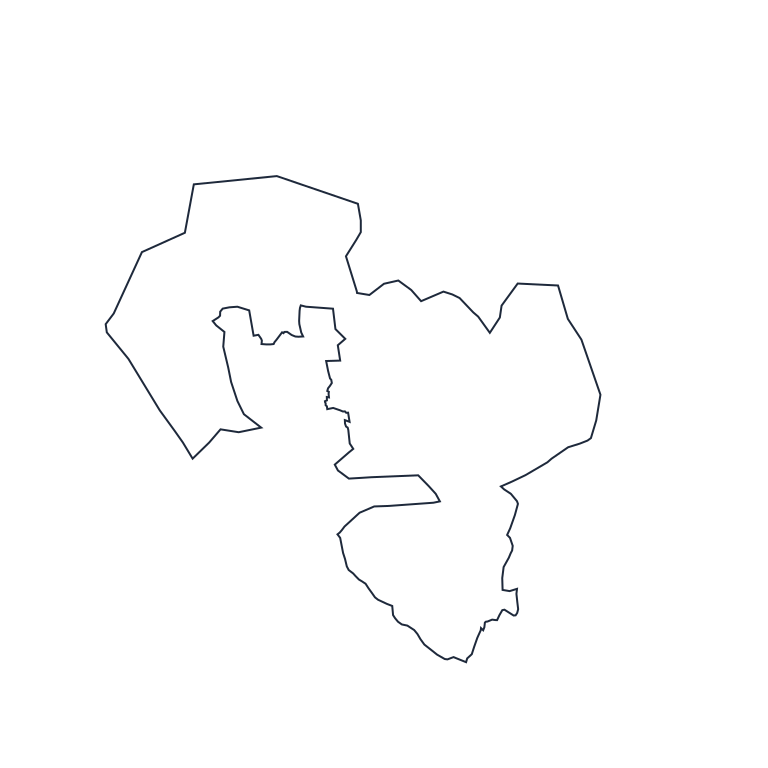 outline of Abeokuta South, Ogun, Nigeria, rotated 324°
{"feature_id": "59680162B79825109156569", "entity_name": "Abeokuta South", "entity_type": "district", "adm_level": 2, "iso_a3": "NGA", "parent_name": "Nigeria", "parent_adm1": "Ogun", "projection": "natural_earth1", "projection_center": [3.353, 7.176], "detail": "fine", "context": "isolated", "style": "outline", "palette": "slate", "viewbox_px": 768, "rotation_deg": 324, "n_neighbors": 0, "source": "geoboundaries", "source_scale": "gbopen_adm2", "svg_char_len": 2794}
<svg xmlns="http://www.w3.org/2000/svg" viewBox="0 0 768 768"><g transform="rotate(324 384 384)"><path d="M255.5,576.3L255.3,580.1L255.6,584.6L257.1,589.0L260.9,593.2L263.8,600.8L264.1,605.9L263.5,612.0L263.5,618.5L267.9,634.2L271.5,642.2L273.5,644.1L279.7,645.8L286.9,657.3L290.0,654.9L296.2,654.2L302.5,649.6L310.3,644.2L317.5,640.1L319.0,638.5L319.5,641.5L322.2,639.8L325.4,636.3L326.8,636.2L328.1,637.0L333.0,638.2L335.3,640.4L336.7,641.5L341.6,638.8L346.8,636.5L348.8,637.4L352.8,647.5L354.5,648.5L357.2,647.5L360.2,645.0L363.6,638.9L367.8,631.6L371.2,627.9L363.9,625.4L358.9,620.3L365.6,610.5L373.2,602.4L382.9,597.9L386.8,595.5L389.8,594.0L393.0,590.6L395.5,582.5L394.9,578.5L401.3,574.9L412.8,567.0L421.9,559.7L422.7,557.0L422.4,552.0L422.1,547.5L419.2,539.7L418.4,535.6L430.3,538.2L444.9,540.9L470.2,543.4L475.7,542.9L495.8,543.4L507.3,547.3L515.4,549.4L519.6,549.4L534.3,538.2L552.8,519.9L569.8,464.1L571.0,439.4L582.7,406.6L551.2,381.3L525.2,389.7L516.8,398.3L499.7,404.8L499.8,384.8L498.3,378.5L495.7,358.9L491.9,351.7L486.4,344.2L462.7,338.8L461.3,324.0L456.4,308.7L442.9,302.9L424.5,303.4L415.7,294.5L416.5,293.0L428.3,258.3L446.3,251.1L454.5,247.5L461.4,238.0L468.8,222.9L419.5,152.8L347.5,110.7L311.8,144.6L265.7,135.0L206.8,168.1L194.0,172.0L190.1,179.3L192.0,213.5L187.1,273.5L187.1,299.2L186.9,313.1L185.3,331.9L208.2,328.6L225.1,324.6L238.1,337.6L259.0,347.1L252.9,326.1L255.4,311.6L261.5,292.5L267.6,279.2L275.9,259.3L285.5,248.1L282.7,238.0L282.4,232.4L289.2,232.8L291.5,232.4L294.0,229.2L297.8,228.2L304.0,231.1L310.8,235.3L318.2,245.2L306.9,268.3L311.3,270.4L311.2,275.2L310.7,277.1L308.4,279.7L312.2,282.9L315.4,285.2L318.2,286.8L320.0,285.8L323.1,285.0L331.9,282.3L332.6,283.8L334.0,283.3L336.3,284.9L338.1,290.1L340.2,293.5L342.6,295.5L346.5,298.0L347.3,293.7L350.7,285.8L352.4,283.1L358.8,275.1L360.8,273.0L362.9,271.5L366.3,275.6L387.0,293.1L377.0,311.0L379.2,324.7L369.4,325.5L362.3,339.3L350.7,331.4L346.4,340.7L343.6,347.8L343.8,349.6L342.4,352.5L339.3,353.7L336.2,354.6L334.0,356.3L334.8,357.9L333.3,359.5L331.6,362.5L330.1,360.9L328.2,363.7L326.1,363.2L325.5,364.4L325.5,365.2L324.3,366.9L324.7,368.5L323.3,371.0L328.8,373.5L332.9,379.3L334.6,382.1L336.3,383.2L336.5,385.1L338.1,386.1L333.9,394.4L331.1,390.2L329.2,393.1L328.3,396.1L329.0,397.9L328.1,400.2L321.3,412.0L321.0,418.4L315.5,418.7L296.8,420.3L295.9,426.9L300.0,439.9L311.1,447.0L319.0,452.0L358.0,478.0L360.2,493.1L361.3,503.3L360.2,511.8L354.2,509.1L316.1,485.4L304.1,477.3L288.6,473.8L268.3,476.1L264.1,477.4L260.8,478.2L258.0,478.3L258.1,482.7L251.6,496.6L249.6,502.7L246.7,509.7L246.1,513.8L247.7,519.1L248.1,522.9L248.8,527.5L250.0,530.3L251.7,534.8L251.4,540.3L251.4,545.9L251.3,551.3L252.4,555.1L257.1,563.6L260.2,568.4L255.5,576.3Z" fill="none" stroke="#1e293b" stroke-width="2"/></g></svg>